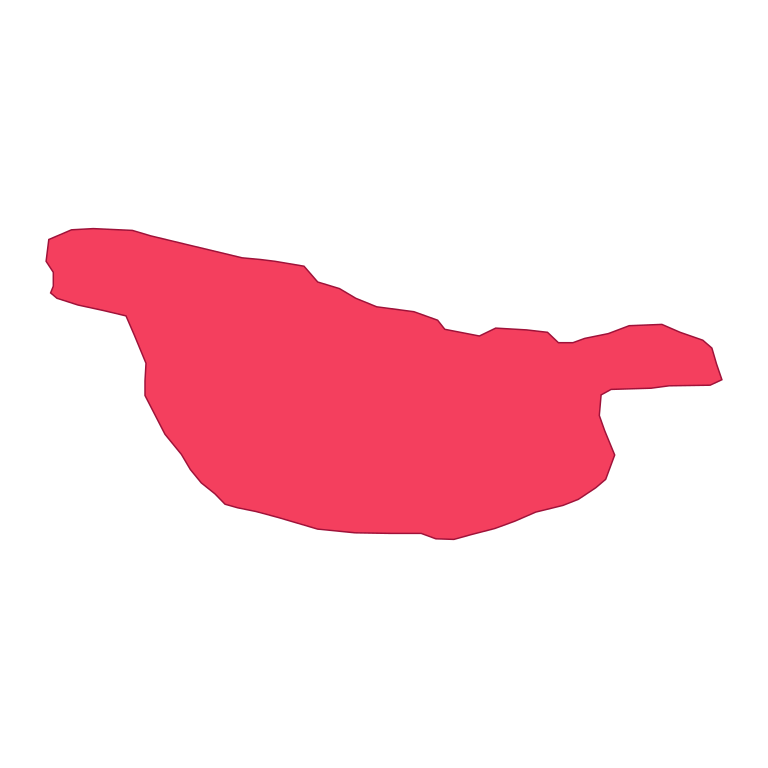 Lidingö, Stockholm, Sweden (Robinson projection)
{"feature_id": "70781695B7495287433606", "entity_name": "Lidingö", "entity_type": "district", "adm_level": 2, "iso_a3": "SWE", "parent_name": "Sweden", "parent_adm1": "Stockholm", "projection": "robinson", "projection_center": [18.171, 59.365], "detail": "fine", "context": "isolated", "style": "filled", "palette": "rose", "viewbox_px": 768, "rotation_deg": 0, "n_neighbors": 0, "source": "geoboundaries", "source_scale": "gbopen_adm2", "svg_char_len": 1059}
<svg xmlns="http://www.w3.org/2000/svg" viewBox="0 0 768 768"><path d="M242.0,257.8L186.6,244.5L150.5,235.8L132.4,230.4L93.3,228.6L71.5,229.8L48.8,239.5L46.1,261.3L53.3,272.3L53.3,286.2L50.6,292.9L57.0,298.3L77.9,305.0L103.3,310.5L126.0,315.9L134.2,334.8L146.0,363.3L145.0,380.9L145.0,395.5L155.0,414.9L165.0,434.3L181.4,454.4L190.4,469.6L201.3,482.9L215.0,493.9L225.0,504.2L237.7,507.8L255.9,511.5L278.6,517.6L294.9,522.4L317.6,529.1L354.9,532.8L391.2,533.4L421.2,533.4L435.8,538.8L453.9,539.4L471.2,534.6L494.8,528.5L514.8,521.2L535.7,512.1L563.0,505.4L578.4,499.3L595.7,487.8L605.7,479.3L614.7,455.0L604.7,430.7L599.3,415.5L601.1,394.9L611.1,389.4L651.1,388.2L669.2,385.8L710.1,385.2L721.9,379.7L716.5,363.9L711.9,348.1L702.8,340.2L680.1,332.3L661.9,324.4L629.2,325.7L608.3,333.6L584.7,338.4L572.9,342.7L558.4,342.7L547.5,332.3L526.6,329.9L495.7,328.1L479.4,336.0L444.8,329.3L437.6,320.2L413.9,311.7L376.7,306.8L355.8,298.3L339.5,288.6L317.7,282.0L304.0,266.2L275.0,261.3L260.4,259.5L242.0,257.8Z" fill="#f43f5e" stroke="#9f1239" stroke-width="1.5"/></svg>